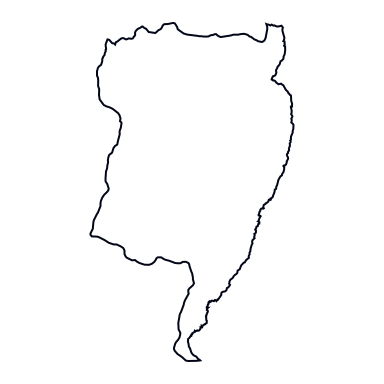 Cabrera, Cundinamarca, Colombia (Albers equal-area conic projection)
{"feature_id": "7082276B86545792677469", "entity_name": "Cabrera", "entity_type": "district", "adm_level": 2, "iso_a3": "COL", "parent_name": "Colombia", "parent_adm1": "Cundinamarca", "projection": "albers", "projection_center": [-74.42, 3.884], "detail": "fine", "context": "isolated", "style": "outline", "palette": "ink", "viewbox_px": 384, "rotation_deg": 0, "n_neighbors": 0, "source": "geoboundaries", "source_scale": "gbopen_adm2", "svg_char_len": 5935}
<svg xmlns="http://www.w3.org/2000/svg" viewBox="0 0 384 384"><path d="M107.5,39.4L106.1,43.0L105.6,44.8L106.1,49.2L105.5,50.1L105.8,51.1L104.8,53.1L104.6,54.9L103.2,56.7L102.9,57.9L102.3,58.7L102.2,61.5L101.1,64.8L98.8,66.6L97.9,68.1L97.0,71.2L97.0,75.7L98.0,77.8L98.2,80.7L98.1,85.9L99.2,89.3L99.0,95.1L99.7,99.5L103.7,104.9L106.0,106.2L109.8,107.4L112.9,109.0L118.2,113.2L119.5,115.2L120.5,118.5L120.0,121.2L121.4,122.5L121.5,123.2L120.8,127.8L119.6,131.0L119.7,134.4L117.8,141.5L117.4,144.0L117.1,144.7L115.2,145.8L113.5,148.0L112.2,152.3L111.4,153.4L110.7,153.6L109.0,155.2L108.2,158.1L107.9,160.4L108.1,162.6L107.4,165.1L107.1,168.2L106.0,171.5L105.5,179.0L105.6,181.5L107.2,183.9L108.5,187.9L108.7,188.5L108.4,190.1L107.5,191.5L104.0,195.0L102.3,197.6L100.9,200.9L100.4,204.1L100.6,205.1L100.4,206.3L97.9,212.7L97.1,213.7L94.0,219.9L93.4,222.0L92.8,228.8L90.5,233.4L90.5,234.8L91.8,236.4L97.1,236.6L99.2,237.3L105.0,240.3L108.6,242.7L113.5,244.4L116.7,244.5L120.6,246.3L123.1,247.9L123.7,248.8L124.5,250.7L124.5,254.0L125.3,255.8L126.1,257.1L127.1,257.9L132.0,260.3L135.2,260.1L136.7,261.5L139.4,263.0L144.6,264.7L149.2,264.8L152.0,263.7L154.2,262.0L155.4,260.4L156.6,258.1L157.9,257.3L159.1,257.3L161.3,257.4L163.7,259.0L165.5,259.8L169.1,260.7L175.1,263.0L178.1,263.3L180.6,263.2L182.7,261.9L184.9,261.8L186.2,261.9L188.5,263.1L189.1,264.1L189.7,266.8L191.5,272.1L192.1,273.3L192.9,277.5L192.9,279.3L194.0,283.2L193.0,285.2L189.3,288.5L188.3,290.0L188.3,292.0L188.7,293.6L184.9,300.5L183.9,303.3L183.7,304.8L181.0,312.0L179.8,314.2L178.3,323.0L178.6,329.4L180.3,332.8L180.2,334.6L179.4,337.7L177.9,340.1L176.3,341.8L175.2,343.7L174.0,347.8L174.0,349.1L174.8,350.9L177.5,354.0L181.8,356.9L185.9,360.6L188.4,361.0L197.4,360.8L200.2,360.4L199.5,359.7L198.3,359.2L196.3,356.6L193.6,355.3L192.2,353.8L191.3,352.4L190.0,348.3L188.9,346.7L188.5,343.5L187.9,341.8L188.1,340.8L188.0,339.2L189.5,337.7L190.3,336.4L191.2,336.0L191.0,335.3L191.2,334.9L191.6,334.9L192.2,334.4L192.4,333.8L192.2,333.4L194.6,331.9L194.8,331.0L195.3,331.5L195.8,331.0L196.9,330.9L197.2,330.4L198.1,330.7L199.2,330.4L200.4,328.8L200.4,328.1L201.0,327.7L200.8,327.2L201.7,327.3L201.6,325.5L202.0,325.6L202.4,326.1L202.5,325.6L203.0,325.5L204.3,324.6L204.5,324.2L205.4,324.2L205.8,323.5L206.7,323.0L206.8,320.7L206.2,320.0L206.3,318.0L205.9,316.9L206.7,315.2L206.2,315.6L206.1,315.4L207.0,313.7L207.2,312.7L207.6,312.4L207.9,311.3L207.7,310.7L206.9,310.1L207.3,309.5L207.1,308.5L207.7,308.0L206.8,308.1L206.7,307.2L206.9,306.9L207.6,306.9L207.8,304.7L208.4,304.2L208.4,302.8L209.0,302.6L208.9,301.8L209.8,301.1L210.7,301.8L211.9,300.6L213.9,301.2L214.9,300.0L215.4,300.1L216.4,301.1L217.1,300.1L217.2,300.3L218.0,299.7L221.3,294.9L221.3,293.2L221.6,292.6L222.7,291.8L224.6,291.5L225.5,291.1L226.5,290.1L226.9,288.1L228.1,287.5L229.5,285.8L230.0,284.8L229.4,284.2L229.1,283.6L229.5,282.1L229.5,281.4L230.4,279.7L232.7,278.0L233.6,276.3L235.4,274.5L236.3,274.1L237.3,272.8L237.6,270.6L239.7,269.3L241.2,265.4L243.7,262.7L244.8,262.4L246.0,260.2L248.9,257.8L248.7,256.5L248.9,255.5L249.6,254.4L249.5,252.8L250.3,251.4L250.6,248.6L251.7,244.9L252.5,243.4L252.1,241.9L252.4,240.3L254.6,238.2L254.1,237.0L254.7,235.5L254.3,233.9L255.4,233.3L255.9,232.4L256.0,230.4L255.2,229.8L255.2,229.4L256.3,227.9L256.4,226.7L257.8,226.0L258.2,224.1L259.3,223.6L259.1,223.0L259.4,222.2L258.1,221.4L258.8,221.0L258.8,219.8L259.6,218.0L260.7,216.2L260.5,215.9L258.9,215.6L258.5,215.0L259.1,213.9L259.4,212.0L260.3,210.7L260.4,209.6L261.2,208.7L262.1,208.4L263.1,208.7L263.8,208.3L263.2,207.1L263.8,204.9L265.3,204.1L265.6,203.4L266.7,202.9L268.3,201.6L268.8,199.8L269.5,199.6L270.3,200.0L270.8,199.7L270.9,199.1L270.6,198.5L272.2,197.6L272.8,196.9L273.2,195.3L274.5,192.1L274.8,189.6L275.9,189.1L276.1,188.7L276.3,186.7L277.1,185.1L278.5,179.7L280.4,176.4L281.9,175.4L282.1,174.1L283.5,172.0L284.2,169.3L284.1,167.7L284.3,167.2L283.4,166.0L283.6,165.6L285.5,165.1L286.0,164.4L286.7,162.7L286.7,161.4L288.1,158.8L288.0,157.4L287.0,155.6L286.9,154.3L288.1,152.9L287.9,152.1L289.1,150.3L288.9,149.2L289.3,147.2L289.8,146.4L289.9,144.6L289.7,143.5L290.6,142.1L290.6,141.2L290.2,140.6L290.9,139.8L291.0,136.5L292.7,132.6L292.6,131.3L293.3,129.0L293.5,124.9L292.8,123.8L291.3,122.5L291.8,120.2L291.3,118.7L292.3,116.9L292.4,116.1L291.1,114.1L291.6,112.8L291.7,110.5L290.9,107.5L290.9,106.6L292.0,106.6L292.1,103.7L291.2,100.9L291.0,95.8L290.8,95.3L289.8,94.8L289.2,93.7L288.5,93.3L287.7,91.6L285.8,89.8L283.3,85.2L282.2,84.7L281.2,83.7L278.4,84.2L276.4,82.7L275.0,80.9L274.5,80.6L273.1,80.5L272.6,79.8L271.7,79.6L271.6,79.4L272.3,77.4L272.8,76.9L272.9,76.3L274.8,75.7L275.7,74.6L276.4,72.3L276.0,71.1L276.1,70.0L277.2,68.1L277.7,66.5L278.6,65.8L279.8,64.0L280.5,61.3L281.8,60.6L283.4,58.8L283.6,56.5L284.5,54.7L284.8,53.4L285.2,49.9L285.1,46.6L284.3,46.1L284.1,45.6L284.8,44.8L284.5,43.4L284.7,42.3L284.4,41.4L283.4,41.1L284.2,39.2L284.4,37.9L282.5,31.0L282.4,29.5L282.9,27.6L281.5,25.7L278.9,26.4L277.0,26.5L275.2,25.9L274.6,25.4L273.3,25.6L271.7,24.6L270.3,25.5L268.5,24.5L267.3,24.5L266.4,24.1L267.1,26.4L267.3,29.0L265.6,38.0L264.4,40.5L263.2,41.4L261.9,42.0L258.0,41.2L256.9,40.4L254.4,39.4L251.0,36.8L249.7,36.6L247.6,34.8L244.0,33.8L240.0,34.2L238.3,34.7L233.2,34.7L230.7,35.5L221.1,37.0L220.1,36.9L217.8,35.7L216.2,34.2L215.1,34.1L213.5,34.8L210.3,35.4L208.6,36.4L206.7,36.6L202.8,36.5L201.5,36.2L200.0,36.3L197.1,35.8L187.3,34.6L183.7,33.5L178.3,29.7L177.5,28.8L177.4,27.6L176.0,25.1L174.8,23.4L174.2,23.1L172.7,23.0L168.0,24.0L164.2,24.2L162.9,25.3L161.5,28.1L160.7,29.1L158.3,30.3L155.8,32.7L155.2,33.0L148.7,32.0L146.0,28.7L144.5,28.1L142.7,26.6L142.2,26.4L140.4,27.7L137.6,29.0L135.6,31.2L135.0,32.9L135.2,34.9L134.7,35.9L133.8,36.6L133.5,37.5L132.9,38.3L131.6,38.8L128.8,38.4L127.0,39.2L125.8,39.4L123.7,38.2L122.0,38.2L120.9,38.7L117.4,41.5L115.9,42.2L115.1,44.5L114.3,43.6L112.1,43.1L109.5,40.1L108.6,39.6L107.5,39.4Z" fill="none" stroke="#020617" stroke-width="2"/></svg>